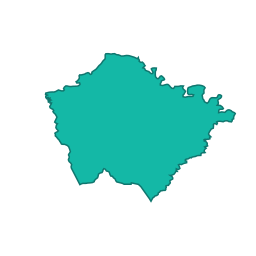 Telêmaco Borba, Paraná, Brazil, rotated 118°
{"feature_id": "56859067B49964335466293", "entity_name": "Telêmaco Borba", "entity_type": "district", "adm_level": 2, "iso_a3": "BRA", "parent_name": "Brazil", "parent_adm1": "Paraná", "projection": "equal_earth", "projection_center": [-50.555, -24.255], "detail": "fine", "context": "isolated", "style": "filled", "palette": "teal", "viewbox_px": 256, "rotation_deg": 118, "n_neighbors": 0, "source": "geoboundaries", "source_scale": "gbopen_adm2", "svg_char_len": 5052}
<svg xmlns="http://www.w3.org/2000/svg" viewBox="0 0 256 256"><g transform="rotate(118 128 128)"><path d="M70.3,39.0L69.2,39.7L68.2,39.9L67.3,40.2L66.0,40.0L64.8,40.1L64.5,41.4L64.7,43.8L64.3,44.9L64.4,46.8L65.0,48.1L66.1,48.9L68.7,49.8L69.8,52.8L71.9,55.2L69.7,56.2L68.4,55.7L66.9,53.2L66.1,52.9L65.2,54.4L64.9,55.7L64.8,57.2L66.0,59.9L64.6,59.6L63.2,60.1L61.6,61.6L60.5,61.7L58.2,60.3L56.7,60.1L55.7,60.5L55.4,61.7L55.9,63.3L56.8,63.8L58.8,63.6L60.0,64.4L61.4,67.3L61.9,68.2L62.8,68.9L64.2,69.3L67.3,69.1L69.0,69.8L68.9,72.9L67.7,74.1L67.1,75.7L65.6,76.8L64.3,77.9L62.9,77.8L61.5,77.3L60.0,78.2L58.4,79.0L57.2,78.8L56.3,78.8L55.7,80.4L55.9,82.7L56.3,84.0L56.8,85.4L57.8,87.2L58.6,88.0L60.7,90.8L61.9,91.7L63.5,93.3L64.6,93.8L67.4,92.9L68.2,92.2L69.3,91.7L69.9,90.5L69.4,88.9L68.5,87.8L67.9,85.6L69.6,85.5L70.9,87.6L71.8,89.5L72.9,90.7L74.0,92.0L74.5,94.1L73.0,94.9L71.7,94.4L70.7,94.5L68.9,94.4L68.1,95.4L67.9,96.7L67.4,98.0L66.5,98.8L64.9,98.8L66.1,101.3L67.3,102.6L68.2,104.1L69.3,106.2L70.2,106.1L71.7,106.4L72.3,107.8L71.9,109.7L71.1,111.5L70.8,113.3L71.4,114.4L72.4,115.5L74.2,117.3L74.9,119.6L73.7,120.3L72.8,120.2L71.6,120.3L70.7,120.6L69.8,119.9L68.6,118.7L67.8,118.6L67.1,119.6L66.4,121.8L66.3,123.0L67.1,123.8L68.1,123.9L70.1,124.3L70.7,125.5L69.9,127.6L68.8,128.5L67.2,129.4L65.2,130.4L63.6,130.4L61.8,131.1L62.7,133.1L63.8,134.7L64.9,135.2L67.1,132.0L68.4,131.9L69.1,133.2L68.8,134.9L68.4,136.0L68.7,137.8L68.9,139.7L67.6,141.4L67.9,143.1L66.3,142.7L65.0,142.1L64.5,143.2L63.6,144.5L63.1,146.3L64.1,147.5L63.8,149.5L62.8,149.8L62.1,151.1L60.9,152.0L62.4,152.3L62.5,154.0L62.6,155.8L63.6,160.9L64.0,162.0L64.8,163.6L66.6,165.9L67.6,167.6L67.7,169.2L67.9,170.8L68.5,172.1L68.7,173.3L68.6,174.6L69.6,176.3L70.7,177.6L71.5,180.0L72.8,182.4L74.1,182.5L76.5,181.2L77.7,180.7L79.7,181.3L80.7,181.6L83.1,181.8L84.8,182.2L86.5,182.9L90.8,183.7L92.4,184.5L94.5,185.6L95.7,186.1L96.5,185.6L97.6,185.6L98.4,186.4L97.8,188.1L97.9,189.3L99.4,190.8L100.8,191.6L102.1,193.1L103.1,194.2L103.8,195.6L104.9,195.7L106.2,194.7L107.2,194.3L108.5,194.5L109.4,194.6L110.6,195.0L111.4,195.6L112.3,194.5L111.7,193.2L110.8,192.0L111.8,190.9L112.9,191.0L114.4,191.9L115.1,192.8L116.3,194.9L117.1,196.3L118.3,198.0L119.0,199.7L119.5,201.6L120.1,202.7L121.9,203.4L123.5,203.4L124.3,202.1L125.4,202.4L126.4,203.9L126.8,205.7L127.1,207.3L129.6,208.9L131.0,210.2L131.6,211.5L132.8,213.5L133.6,214.6L134.4,215.5L135.8,217.0L137.0,216.6L136.8,214.6L138.5,215.6L139.5,215.0L140.2,213.8L139.3,213.6L138.5,212.8L139.2,211.8L138.3,210.9L139.3,210.6L139.5,209.3L140.6,210.7L140.4,212.2L141.5,211.2L142.5,210.4L141.4,209.3L142.6,208.5L141.8,207.3L142.8,207.1L145.8,207.2L146.7,206.3L146.9,204.5L146.7,203.2L147.6,201.7L148.6,202.0L149.3,201.1L149.7,199.5L150.1,198.4L150.9,197.1L151.8,195.8L156.2,195.6L157.2,195.5L157.5,193.9L157.4,192.3L158.7,192.6L160.1,192.3L161.6,191.8L162.3,190.7L162.8,189.3L163.2,188.2L164.3,188.5L165.5,189.4L166.9,190.1L167.9,189.0L169.1,188.5L169.5,186.9L170.4,185.0L171.0,183.1L171.7,182.1L172.3,180.9L173.4,179.2L172.9,177.6L172.3,176.7L172.1,175.6L171.9,173.7L172.3,171.7L173.5,170.3L174.2,169.5L175.0,168.7L175.9,167.8L177.4,167.8L178.6,168.0L179.7,167.9L180.9,166.4L182.2,165.9L183.6,165.9L184.4,165.4L185.3,164.2L185.8,162.2L186.7,160.6L188.8,160.1L189.9,159.3L200.6,143.9L199.5,143.2L198.1,141.9L197.4,140.5L196.4,138.8L195.6,137.9L194.3,135.8L192.8,133.7L191.2,132.6L190.2,133.0L188.9,132.6L187.8,132.3L186.3,131.5L184.9,131.7L183.9,132.0L182.5,132.4L180.9,131.5L179.5,130.0L177.9,130.0L176.7,130.4L175.2,130.2L175.1,128.6L176.1,126.9L175.7,125.3L175.7,124.0L176.5,123.1L177.6,122.0L178.5,120.6L177.9,119.0L178.7,117.7L179.1,115.4L180.3,114.0L180.9,112.6L179.5,107.0L179.5,105.1L176.2,98.9L174.9,99.3L172.9,92.4L173.7,89.2L180.4,75.8L181.2,74.5L181.9,73.3L179.5,73.3L177.8,73.2L176.6,72.5L175.2,72.2L174.2,71.0L172.6,70.2L171.1,70.8L169.8,70.0L168.2,69.8L167.5,68.6L166.7,67.8L165.6,65.9L164.6,65.7L163.7,66.3L162.6,66.3L161.4,67.3L160.4,66.5L159.6,65.3L158.6,65.4L157.3,64.9L156.4,65.0L155.6,65.8L154.7,66.3L153.5,65.5L152.1,64.6L151.1,65.0L150.2,66.3L150.0,68.4L149.5,67.5L148.2,66.5L147.4,65.8L146.3,65.5L145.0,65.4L143.9,65.5L143.2,64.2L142.4,65.7L141.3,66.2L141.3,64.9L140.8,63.9L139.4,63.2L137.8,64.7L136.8,66.2L135.8,65.4L135.2,63.6L134.1,62.9L132.6,61.6L131.9,60.7L131.1,59.9L129.7,60.7L130.2,62.0L129.0,62.5L128.2,62.0L127.0,60.4L125.8,59.7L125.0,59.4L124.7,58.1L123.5,57.7L121.3,54.9L120.2,54.2L119.3,53.0L118.0,50.8L116.2,51.5L114.8,50.6L114.2,49.2L113.5,48.4L112.9,49.8L111.7,50.2L110.6,50.1L109.2,49.5L108.7,51.5L107.9,50.9L107.2,49.9L106.4,49.3L105.3,50.5L104.2,50.9L103.6,52.5L102.9,53.5L103.7,54.5L102.6,55.4L101.8,54.7L101.4,53.6L100.6,52.6L100.0,51.5L99.0,50.6L97.9,51.6L96.9,50.7L96.5,52.0L96.1,53.3L95.4,54.1L94.2,54.3L92.5,54.3L91.4,54.1L90.1,54.1L89.2,53.5L88.1,52.6L86.9,53.1L85.9,53.5L85.0,54.2L83.8,54.0L83.2,53.0L83.2,51.3L81.9,51.3L81.0,52.6L80.0,51.7L79.0,50.3L78.3,48.4L77.8,46.9L76.2,45.7L75.0,43.7L75.0,42.1L74.0,39.5L72.7,39.4L71.5,40.0L70.3,39.0Z" fill="#14b8a6" stroke="#0f766e" stroke-width="1.5"/></g></svg>